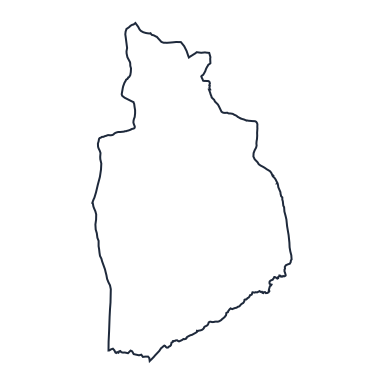 Urambo, Tabora, United Republic of Tanzania
{"feature_id": "72390352B58709749757029", "entity_name": "Urambo", "entity_type": "district", "adm_level": 2, "iso_a3": "TZA", "parent_name": "United Republic of Tanzania", "parent_adm1": "Tabora", "projection": "orthographic", "projection_center": [32.184, -5.233], "detail": "fine", "context": "isolated", "style": "outline", "palette": "slate", "viewbox_px": 384, "rotation_deg": 0, "n_neighbors": 0, "source": "geoboundaries", "source_scale": "gbopen_adm2", "svg_char_len": 5891}
<svg xmlns="http://www.w3.org/2000/svg" viewBox="0 0 384 384"><path d="M149.7,361.0L150.5,360.2L151.2,359.6L154.3,356.4L154.6,355.9L158.0,352.3L159.3,350.9L160.8,348.6L161.4,347.9L162.2,347.4L163.1,346.5L164.3,345.6L165.2,346.0L165.7,346.8L166.7,347.6L167.9,347.6L168.8,346.7L170.2,346.0L170.9,345.2L171.3,343.8L171.5,342.6L172.0,342.4L173.1,341.7L173.0,341.1L174.2,340.9L175.0,340.9L175.8,340.4L177.1,340.3L177.9,340.9L179.0,341.4L181.3,340.4L182.6,339.7L183.4,339.0L184.5,339.2L185.5,338.9L185.8,338.9L186.5,338.1L186.4,337.9L186.9,337.3L187.0,337.2L187.2,336.9L188.0,336.5L189.1,335.9L190.5,335.2L191.4,335.0L192.3,334.7L193.1,334.2L195.5,332.9L196.9,332.0L197.0,330.8L198.0,331.0L198.9,330.6L199.8,330.5L200.7,330.3L201.9,329.9L202.9,329.2L203.8,328.3L204.0,327.4L204.8,326.6L205.9,326.1L207.0,325.5L207.7,324.9L208.3,323.8L208.7,322.4L209.7,321.8L210.6,321.7L212.1,322.1L213.9,322.0L214.8,321.7L216.1,321.6L217.7,321.7L218.9,321.4L220.0,320.8L221.3,320.0L222.1,319.1L222.8,318.6L224.7,317.0L225.2,316.2L225.9,315.5L226.0,315.2L226.2,314.3L226.3,313.0L226.5,312.9L227.1,312.5L227.9,312.2L228.2,311.2L229.7,309.2L230.6,308.4L231.1,308.7L231.6,308.9L232.3,309.1L233.4,308.6L233.7,308.5L235.1,308.0L236.6,307.7L237.8,306.8L238.7,306.6L239.5,306.2L240.1,305.5L240.9,304.5L242.1,303.6L243.2,303.0L243.9,302.0L244.4,300.9L244.4,300.0L245.2,299.4L246.2,299.5L246.9,298.9L247.5,298.1L248.6,297.6L249.5,296.5L250.0,295.2L250.9,295.0L251.8,294.5L252.0,293.6L252.5,292.3L254.7,292.6L255.6,292.2L257.1,292.4L259.6,291.1L260.5,291.9L262.0,291.8L262.4,292.8L263.3,293.1L264.0,292.1L265.1,292.1L265.9,293.1L267.2,293.0L268.6,292.3L268.7,291.2L269.3,291.1L269.3,290.9L268.9,289.7L269.9,286.2L271.1,285.4L271.5,284.6L270.3,284.3L269.6,283.7L269.5,283.0L269.5,282.0L269.8,281.3L270.7,280.5L271.4,280.2L272.7,279.7L272.8,279.4L273.8,278.1L274.3,277.0L274.5,277.0L275.5,277.3L277.3,278.6L278.1,278.2L278.0,277.7L278.0,277.3L278.3,276.9L279.2,276.4L279.4,275.5L280.4,275.7L280.7,276.2L281.0,276.3L281.2,276.7L281.8,276.4L282.4,276.6L283.1,276.0L284.0,276.4L285.4,275.8L285.7,275.2L285.0,272.7L284.5,271.4L284.5,269.6L285.0,268.7L284.8,267.0L285.8,265.3L287.7,264.4L289.8,263.7L290.7,262.1L290.9,260.4L291.6,259.4L291.3,255.3L290.3,251.4L289.6,247.3L289.4,242.7L288.6,235.1L287.1,226.2L286.4,219.5L285.6,216.0L284.4,211.5L284.1,207.2L283.3,205.7L282.8,201.2L282.3,199.6L282.3,197.4L281.2,196.3L280.6,194.0L280.4,192.1L278.3,187.2L278.0,185.0L277.5,183.3L277.4,183.3L277.5,183.2L277.4,183.0L276.4,181.1L276.0,180.3L275.9,180.0L275.5,179.3L274.5,177.9L273.6,177.0L272.8,176.3L272.2,174.9L272.5,174.9L272.0,174.4L271.3,172.9L270.1,171.3L268.4,170.2L266.8,169.3L264.7,167.8L263.0,166.8L260.5,165.5L258.7,164.2L257.6,162.3L254.7,159.3L253.4,156.5L253.6,153.1L254.6,150.4L256.1,147.6L256.6,145.6L256.4,143.4L256.6,141.1L257.0,138.9L257.2,135.6L257.1,132.9L257.4,128.1L257.3,127.2L257.4,124.4L257.1,123.2L256.2,121.8L255.0,121.2L252.6,121.1L250.4,120.9L248.2,120.7L246.8,120.4L246.5,120.6L244.3,119.6L243.0,119.2L242.9,119.2L240.9,118.6L240.6,118.5L240.5,118.2L239.7,118.0L238.3,117.1L237.7,116.9L236.9,116.1L235.6,115.3L234.2,114.8L233.6,114.3L232.5,113.8L230.6,113.5L228.5,113.4L227.2,112.7L225.7,112.9L224.2,112.9L222.7,112.5L221.5,111.7L218.9,106.3L217.9,104.5L214.9,101.5L214.2,99.9L211.7,97.5L211.4,96.2L211.1,95.6L210.5,94.0L210.1,92.5L209.0,89.7L209.3,89.7L209.5,89.6L210.1,89.5L209.9,89.1L209.7,88.7L209.4,87.7L209.8,85.8L209.3,85.4L209.4,84.9L209.9,83.4L209.5,82.0L208.6,81.1L207.3,81.0L203.8,80.9L203.0,80.6L202.6,79.3L202.0,78.2L201.3,76.4L201.7,75.8L203.2,74.8L204.7,72.2L205.3,71.1L205.4,70.8L205.4,70.7L206.2,68.5L206.9,67.3L207.1,66.8L207.5,66.3L208.3,64.8L209.8,63.8L210.4,63.2L210.2,58.8L210.4,57.1L209.2,52.9L206.2,52.6L205.0,52.4L201.2,52.8L196.7,52.2L195.5,53.2L190.1,56.6L188.9,57.5L188.3,56.0L186.6,51.0L184.2,46.2L180.9,42.1L176.1,42.0L172.3,42.4L167.2,42.8L163.5,42.7L161.4,41.9L158.1,38.3L156.8,36.8L156.3,36.7L153.7,35.3L151.9,34.9L151.2,34.2L150.5,33.2L149.4,33.5L147.8,33.3L145.9,33.0L143.2,32.2L140.9,30.9L139.6,29.5L138.1,26.7L135.4,23.0L134.6,23.7L133.6,24.5L132.2,24.8L130.5,25.8L129.2,27.1L127.2,28.5L126.5,28.9L125.6,31.6L125.3,34.3L125.7,37.2L127.1,48.0L126.5,51.3L126.6,53.4L127.4,57.2L130.0,62.2L130.2,63.2L130.3,65.9L130.9,68.0L131.0,68.4L130.8,72.1L130.3,75.0L129.3,76.8L128.9,77.2L128.2,77.5L128.1,78.0L127.6,78.5L127.4,79.0L126.7,79.3L126.1,79.7L125.7,80.7L124.5,82.7L123.2,86.2L122.8,87.9L121.7,94.2L121.9,95.0L122.3,95.9L124.6,97.7L132.1,101.5L133.5,102.1L133.7,102.8L134.2,104.0L134.5,106.5L135.1,110.2L135.1,113.3L134.7,117.0L133.9,119.1L133.5,120.9L133.4,122.6L134.0,124.6L134.5,125.7L134.8,126.7L134.7,127.5L134.4,128.1L133.8,128.5L132.7,128.8L132.2,128.9L131.2,129.2L130.9,129.6L128.4,130.5L127.1,130.8L126.1,131.2L125.0,131.2L124.0,131.6L120.2,132.0L118.2,132.0L116.7,132.4L115.4,132.9L114.4,133.5L113.4,134.5L112.4,135.0L110.7,135.3L108.1,135.1L107.4,135.3L106.2,135.8L104.7,136.2L103.5,136.8L101.9,136.9L100.9,137.6L99.6,138.1L99.0,139.0L98.6,141.4L98.2,142.6L97.9,143.8L98.0,145.1L98.0,146.2L98.3,147.6L99.0,149.3L99.6,150.4L100.5,153.0L100.2,156.8L100.3,159.2L101.3,163.5L101.0,169.5L99.9,176.9L97.8,184.8L96.0,192.4L94.4,197.7L93.5,199.6L92.7,201.8L92.4,202.7L92.7,202.7L93.4,206.5L94.1,208.4L95.4,211.4L96.2,214.5L96.1,219.5L95.4,224.5L95.7,229.5L96.8,233.2L97.4,237.8L98.6,240.9L98.6,246.2L99.1,249.2L99.5,252.7L100.0,255.9L101.4,258.7L102.1,261.3L105.0,269.4L105.6,272.0L106.4,275.1L107.1,278.9L108.5,282.4L110.0,285.3L110.8,289.2L110.5,302.5L110.0,309.2L109.6,316.9L109.1,331.0L108.6,341.7L108.5,350.5L109.4,350.4L110.9,349.4L112.9,348.7L114.4,350.4L115.4,352.5L116.2,353.0L117.2,352.1L118.3,352.8L118.7,352.5L119.2,351.3L120.3,351.0L121.3,352.2L122.9,352.6L124.8,352.5L128.0,353.2L130.6,350.6L132.1,351.3L133.7,354.1L139.0,355.3L141.3,354.7L142.9,356.9L145.4,356.6L148.1,356.6L149.3,358.1L149.7,361.0Z" fill="none" stroke="#1e293b" stroke-width="2"/></svg>